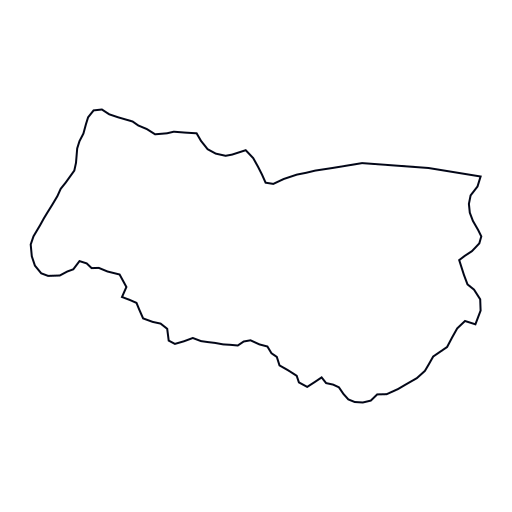 outline of Cajobi, São Paulo, Brazil
{"feature_id": "56859067B15563868354726", "entity_name": "Cajobi", "entity_type": "district", "adm_level": 2, "iso_a3": "BRA", "parent_name": "Brazil", "parent_adm1": "São Paulo", "projection": "mercator", "projection_center": [-48.85, -20.875], "detail": "fine", "context": "isolated", "style": "outline", "palette": "ink", "viewbox_px": 512, "rotation_deg": 0, "n_neighbors": 0, "source": "geoboundaries", "source_scale": "gbopen_adm2", "svg_char_len": 1659}
<svg xmlns="http://www.w3.org/2000/svg" viewBox="0 0 512 512"><path d="M155.1,134.3L146.9,129.1L138.3,125.5L132.6,121.5L118.1,117.3L109.2,114.3L101.9,109.5L93.6,110.4L88.1,117.3L86.0,124.0L83.4,133.6L79.5,141.1L77.2,148.4L76.0,162.8L74.3,170.6L65.6,182.7L60.7,188.8L57.4,196.1L52.1,205.0L47.3,212.7L43.9,218.3L40.1,225.2L33.5,236.3L30.7,244.5L31.8,256.3L34.9,265.6L41.2,273.3L48.1,275.9L59.8,275.5L67.3,271.5L73.3,269.3L79.5,261.1L86.7,263.4L91.6,268.1L98.8,267.9L107.5,271.5L119.6,274.5L126.4,287.0L122.0,297.0L129.9,300.0L136.5,302.9L139.2,309.5L143.1,318.4L152.7,321.9L160.6,323.6L167.2,328.8L168.7,340.6L174.9,343.9L183.9,341.3L192.8,338.0L201.0,341.1L208.0,342.1L214.9,342.9L223.2,344.4L230.1,344.8L237.8,345.5L243.7,341.5L250.5,340.3L259.4,344.4L267.4,346.5L271.5,353.3L276.8,356.9L279.5,365.4L288.1,370.3L296.7,375.8L298.9,382.4L307.2,386.9L314.8,382.0L321.6,377.4L326.1,383.1L333.1,384.6L338.9,387.3L343.4,393.9L348.3,399.4L354.7,402.0L362.8,402.5L370.8,400.6L377.2,394.4L386.6,394.2L398.1,389.0L405.4,384.7L416.9,378.1L424.9,370.9L428.8,364.3L433.2,356.5L447.1,347.0L452.2,337.3L457.2,328.4L465.0,321.0L475.4,324.3L480.6,310.6L480.2,299.3L474.0,289.6L467.5,284.4L463.9,274.8L459.2,260.1L464.7,255.9L472.0,251.1L479.3,243.4L481.3,236.4L478.2,230.1L472.9,220.9L469.8,212.7L468.9,203.9L470.6,195.4L477.5,186.5L480.6,176.5L428.5,168.0L362.1,163.1L332.4,168.0L315.2,170.6L306.1,172.8L296.9,174.6L283.7,179.0L273.3,183.9L265.6,182.7L262.0,174.6L258.1,166.9L253.2,158.1L245.7,150.2L232.1,154.6L225.6,155.8L215.7,153.6L207.6,149.2L201.0,140.9L196.6,133.3L185.1,132.6L173.8,131.7L167.0,133.3L155.1,134.3Z" fill="none" stroke="#020617" stroke-width="2"/></svg>